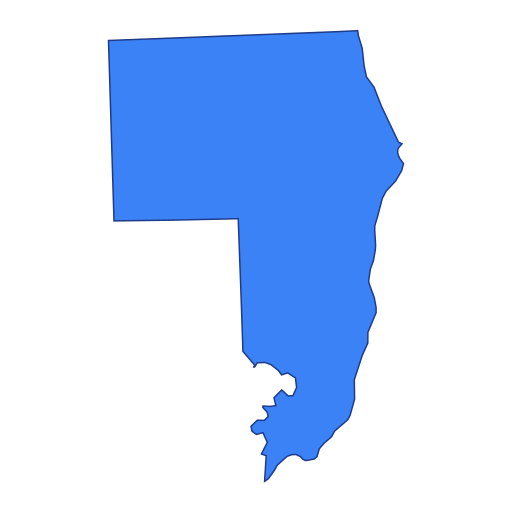 St. Clair, Michigan, United States of America
{"feature_id": "52423323B46909170803204", "entity_name": "St. Clair", "entity_type": "district", "adm_level": 2, "iso_a3": "USA", "parent_name": "United States of America", "parent_adm1": "Michigan", "projection": "orthographic", "projection_center": [-82.589, 42.844], "detail": "fine", "context": "isolated", "style": "filled", "palette": "blue", "viewbox_px": 512, "rotation_deg": 0, "n_neighbors": 0, "source": "geoboundaries", "source_scale": "gbopen_adm2", "svg_char_len": 1371}
<svg xmlns="http://www.w3.org/2000/svg" viewBox="0 0 512 512"><path d="M114.0,220.9L173.9,220.1L238.2,218.7L240.9,291.3L242.6,341.1L242.9,351.4L254.7,365.1L253.8,367.0L254.6,367.0L257.3,362.8L265.2,362.5L270.9,364.6L278.3,370.4L281.6,374.9L287.6,372.9L295.5,377.9L295.7,380.0L296.6,387.5L292.9,395.7L288.1,395.9L281.7,389.9L274.0,397.7L275.8,405.7L270.3,406.4L262.9,406.1L262.8,407.5L267.1,412.0L268.2,416.4L264.3,420.4L257.3,420.2L251.0,426.3L252.0,431.2L256.4,434.4L263.0,432.7L267.3,442.4L261.4,454.0L266.2,455.7L264.6,481.3L268.3,478.8L274.7,469.9L277.2,465.2L283.8,459.3L286.9,456.5L287.8,456.1L291.6,454.7L296.0,454.5L300.1,456.4L303.0,459.3L305.1,460.4L306.3,460.5L313.9,459.1L316.9,456.8L319.3,448.9L320.2,447.7L324.1,443.2L331.2,437.1L332.0,436.0L334.3,431.6L335.1,430.6L347.8,419.7L350.1,415.3L354.6,399.1L354.3,379.7L362.4,355.0L367.8,343.1L367.9,332.3L376.1,312.7L376.1,307.6L374.2,297.4L369.5,284.7L368.9,282.5L368.7,280.3L370.4,268.9L373.4,260.8L375.3,250.1L375.6,245.4L374.7,229.9L374.8,225.7L377.7,216.0L382.3,198.4L386.0,191.3L386.3,190.9L395.6,181.0L401.6,170.8L403.5,163.6L399.8,158.5L398.4,155.5L397.6,152.3L397.8,149.8L398.6,147.7L402.0,143.8L398.5,142.2L381.0,105.3L381.0,105.1L374.0,87.1L366.4,76.8L366.1,75.2L364.1,65.9L362.2,48.2L358.4,35.8L357.7,30.7L336.6,31.7L108.5,40.5L114.0,220.9Z" fill="#3b82f6" stroke="#1e3a8a" stroke-width="1.5"/></svg>